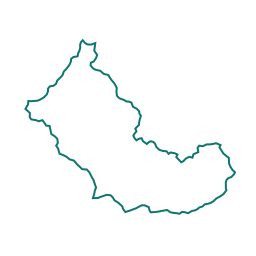 Vargem Grande do Sul, São Paulo, Brazil (Robinson projection), rotated 260°
{"feature_id": "56859067B45488213121507", "entity_name": "Vargem Grande do Sul", "entity_type": "district", "adm_level": 2, "iso_a3": "BRA", "parent_name": "Brazil", "parent_adm1": "São Paulo", "projection": "robinson", "projection_center": [-46.893, -21.868], "detail": "fine", "context": "isolated", "style": "outline", "palette": "teal", "viewbox_px": 256, "rotation_deg": 260, "n_neighbors": 0, "source": "geoboundaries", "source_scale": "gbopen_adm2", "svg_char_len": 2459}
<svg xmlns="http://www.w3.org/2000/svg" viewBox="0 0 256 256"><g transform="rotate(260 128 128)"><path d="M81.2,222.1L83.0,220.3L86.3,217.5L89.6,216.2L93.0,214.7L95.2,216.1L97.7,212.1L97.5,208.3L97.7,205.5L98.2,202.5L97.1,198.6L98.2,195.0L96.4,193.1L92.0,193.0L90.8,187.9L87.6,186.3L89.0,183.4L87.9,179.7L85.7,176.8L85.0,174.5L87.4,172.9L91.0,170.5L93.3,172.1L95.0,169.7L96.5,165.8L95.5,163.5L98.4,161.9L99.3,158.4L101.1,155.1L104.3,152.7L107.9,151.9L109.9,150.5L111.0,148.0L110.3,145.7L109.0,143.8L112.3,140.5L115.6,139.6L115.5,136.9L114.4,134.2L116.7,132.7L119.6,132.0L121.4,133.5L123.2,135.7L126.1,135.1L127.8,137.4L129.3,139.5L131.5,139.9L133.8,140.8L137.8,142.8L139.8,141.8L142.6,141.8L145.3,140.1L148.1,136.6L152.4,135.8L153.8,133.5L154.4,131.1L156.5,128.7L158.0,125.8L159.6,124.0L161.7,122.7L165.8,122.9L169.4,123.9L172.4,123.0L174.8,122.1L177.2,120.6L179.9,119.2L183.6,117.8L185.5,113.5L189.1,110.7L191.0,106.2L192.7,104.0L196.2,102.0L198.8,102.8L199.4,105.8L202.5,108.7L205.3,110.3L210.1,108.2L213.8,109.4L217.3,110.5L216.5,106.2L217.5,102.2L219.4,100.3L222.3,98.6L220.7,96.6L218.3,95.3L215.5,94.9L212.1,93.4L210.3,91.9L207.3,90.8L207.4,86.6L206.0,84.0L203.4,83.3L200.6,81.5L197.1,77.8L194.8,74.6L191.4,72.7L188.9,69.4L187.1,66.6L184.0,64.8L182.5,61.8L182.6,58.3L180.7,56.1L177.9,55.5L175.2,53.9L172.8,50.6L171.4,46.9L170.6,43.9L170.9,40.8L171.2,37.4L171.9,34.6L168.5,33.6L164.6,30.3L162.0,32.3L159.8,34.0L155.7,33.1L153.3,34.2L151.8,38.4L150.1,41.6L150.6,45.1L147.3,46.7L144.5,47.9L143.7,51.1L139.0,51.3L135.4,51.4L132.5,54.5L129.6,56.5L125.5,56.3L123.0,54.2L119.9,55.6L114.6,56.1L112.7,59.3L110.3,62.5L107.3,65.0L105.3,69.1L102.8,70.6L100.5,71.9L98.4,73.6L95.4,75.7L94.3,80.2L91.0,82.3L85.2,84.0L82.8,85.0L79.8,85.4L77.3,85.8L74.8,86.2L72.4,84.6L68.7,83.2L65.0,81.3L64.3,86.2L65.0,89.6L65.9,95.5L64.7,99.3L62.0,101.1L59.2,102.1L56.0,105.5L51.8,108.8L49.1,109.1L45.7,110.8L46.4,115.9L47.1,119.4L47.5,121.9L48.5,124.8L49.5,128.2L48.9,131.0L46.5,134.7L43.1,134.9L41.0,135.8L40.5,140.4L40.4,143.5L40.5,147.3L40.4,152.4L37.7,155.0L36.5,158.2L35.8,160.7L34.6,163.8L36.0,166.6L35.2,169.3L33.7,172.4L35.2,176.5L35.2,179.1L35.9,182.1L37.3,184.3L37.8,187.8L39.5,190.4L39.5,193.6L39.9,196.7L41.1,199.6L43.0,202.3L44.0,204.9L44.9,207.5L46.4,210.6L49.6,214.1L52.2,214.0L55.0,214.5L57.7,214.9L59.8,216.1L61.3,218.1L61.7,221.1L63.9,224.2L65.8,225.7L68.6,223.6L71.8,222.2L75.5,221.4L78.3,221.7L81.2,222.1Z" fill="none" stroke="#0f766e" stroke-width="2"/></g></svg>